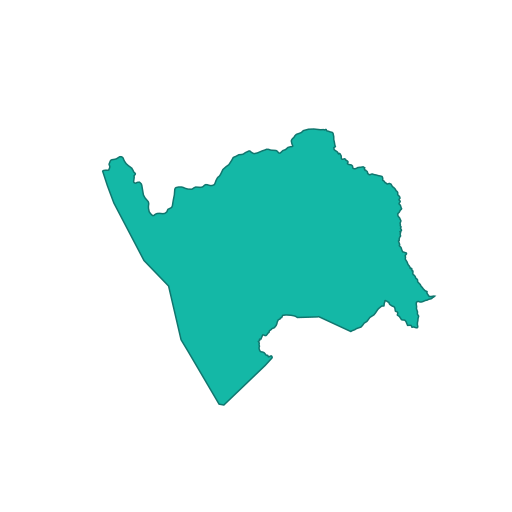 outline of Patuca, Olancho, Honduras, rotated 302°
{"feature_id": "27666195B65375396253537", "entity_name": "Patuca", "entity_type": "district", "adm_level": 2, "iso_a3": "HND", "parent_name": "Honduras", "parent_adm1": "Olancho", "projection": "orthographic", "projection_center": [-85.91, 14.325], "detail": "fine", "context": "isolated", "style": "filled", "palette": "teal", "viewbox_px": 512, "rotation_deg": 302, "n_neighbors": 0, "source": "geoboundaries", "source_scale": "gbopen_adm2", "svg_char_len": 6146}
<svg xmlns="http://www.w3.org/2000/svg" viewBox="0 0 512 512"><g transform="rotate(302 256 256)"><path d="M168.2,321.8L178.0,323.6L178.5,323.5L179.1,322.9L179.4,322.2L179.3,321.7L177.4,320.4L177.1,319.9L177.2,319.7L177.9,318.7L177.9,318.3L177.4,317.7L177.3,317.2L178.0,315.2L178.3,314.1L178.1,312.6L177.4,310.9L177.6,309.6L177.8,309.2L179.2,307.6L180.0,307.1L181.4,306.7L182.2,305.7L183.9,304.9L184.6,303.6L184.8,303.3L186.2,303.9L186.5,303.7L187.0,303.2L187.3,303.1L187.5,303.3L188.1,304.2L192.5,303.5L193.0,304.0L193.3,305.8L193.6,306.3L194.0,306.7L195.0,306.9L197.1,307.1L198.1,307.5L199.7,307.0L201.8,307.9L202.6,308.0L203.2,308.2L204.5,309.3L205.2,309.6L207.7,309.9L209.6,309.6L211.2,309.0L213.7,308.7L214.1,308.9L214.6,309.3L215.5,309.8L216.4,309.6L217.4,310.4L219.4,310.1L219.8,310.1L220.0,310.3L222.0,312.8L224.3,317.1L225.5,320.2L225.8,321.6L225.8,323.7L236.8,340.2L237.8,341.3L242.2,376.4L243.6,377.1L245.8,378.8L247.7,379.7L251.4,382.7L253.6,383.1L256.4,383.3L259.0,384.6L259.9,384.8L264.2,385.1L268.6,387.2L271.1,387.5L274.8,387.6L276.3,387.8L280.1,389.1L281.4,390.9L281.9,390.8L283.9,389.8L285.6,389.5L286.2,389.1L286.6,389.1L286.8,389.4L287.0,390.6L286.9,392.2L287.1,393.2L286.8,393.7L286.2,394.2L285.8,395.4L285.7,398.1L286.1,399.6L286.1,399.9L285.4,401.4L283.2,403.3L283.1,403.8L283.4,405.5L283.2,406.0L282.7,406.5L280.9,407.1L280.8,407.3L280.7,409.6L279.1,413.1L279.3,413.9L280.4,416.1L280.3,416.7L279.9,417.9L277.5,421.3L279.3,424.1L279.2,424.6L278.3,425.8L278.3,426.1L279.5,427.5L279.7,428.9L280.0,429.8L280.5,430.7L281.0,430.9L281.9,430.6L283.5,429.1L285.1,428.2L287.0,427.5L288.7,426.6L291.2,425.8L292.3,423.6L294.2,422.6L296.3,420.0L298.2,419.0L300.2,417.3L301.7,416.6L302.6,416.9L303.5,417.6L303.9,419.5L304.6,420.6L305.7,421.6L308.3,423.4L309.1,424.4L310.9,425.5L312.4,427.1L313.3,427.6L314.3,427.8L315.3,428.4L316.6,428.8L316.3,428.1L314.3,425.8L313.5,424.2L314.2,422.6L314.5,421.8L314.9,421.0L315.4,420.4L316.4,420.0L316.5,419.4L316.2,418.6L316.2,417.7L316.8,415.1L317.4,413.8L317.9,411.9L318.8,410.5L319.8,406.8L320.1,406.5L321.2,405.8L321.5,405.3L321.8,404.4L321.7,403.5L322.8,402.1L323.4,400.8L323.5,400.4L323.5,399.3L323.8,398.8L324.5,398.0L325.2,397.8L326.2,397.2L326.5,396.7L326.2,396.1L327.8,394.8L327.9,394.4L327.3,393.8L327.2,393.4L327.7,393.2L328.8,391.1L329.3,389.5L331.1,387.1L332.3,384.5L332.7,384.1L334.1,383.5L335.4,382.3L337.6,382.5L338.1,382.1L338.2,381.8L337.3,378.1L338.2,376.7L340.1,374.4L340.6,372.2L341.1,371.9L341.6,371.9L342.1,371.5L344.2,368.9L345.1,369.2L346.7,368.2L348.4,367.9L349.6,368.0L350.9,366.7L351.5,366.4L352.4,366.3L352.6,365.7L353.0,365.2L354.2,365.9L355.0,365.7L355.3,365.3L356.1,363.8L357.5,363.6L357.8,363.2L357.9,362.7L358.1,362.3L359.1,361.8L360.3,360.7L362.0,360.5L362.9,360.0L363.3,359.1L364.3,357.8L365.1,355.4L365.7,354.7L366.9,353.9L367.4,353.9L369.1,354.3L371.3,354.1L372.7,354.5L373.3,354.4L373.6,353.8L375.6,351.5L375.9,349.9L376.1,349.6L376.7,349.4L377.9,349.5L378.6,349.4L378.9,349.2L379.4,347.5L380.1,347.3L381.2,347.5L382.0,346.9L382.5,346.1L383.1,343.7L383.6,343.3L384.5,342.9L385.1,342.3L385.5,341.3L385.6,340.2L386.5,338.7L387.1,336.4L387.1,335.0L388.5,332.4L388.2,330.6L386.6,329.2L386.6,328.4L386.8,327.4L386.6,326.6L387.3,325.2L387.4,323.3L389.2,322.2L390.0,321.2L390.2,320.7L389.8,319.2L389.0,317.2L388.4,315.0L387.6,313.0L387.2,311.2L386.5,310.4L385.3,309.6L384.9,308.9L385.1,308.3L385.1,307.0L386.0,306.3L386.6,305.4L386.6,304.3L386.9,303.6L386.6,302.7L387.0,302.3L387.3,301.6L388.4,301.5L388.4,299.6L386.7,297.7L386.0,296.7L384.8,295.3L383.7,294.8L382.7,294.0L382.1,293.2L381.9,292.3L381.9,291.5L383.4,290.2L383.7,289.1L383.7,288.5L382.8,286.2L382.7,284.8L383.1,284.4L384.4,284.3L384.7,284.0L385.0,283.1L384.8,281.6L385.4,280.8L385.4,279.6L383.9,278.2L383.7,277.8L383.7,277.3L384.2,276.5L385.3,275.8L386.1,275.1L387.2,273.1L387.2,272.4L386.9,272.1L386.4,272.0L386.4,271.7L387.1,270.5L387.4,269.6L387.5,266.4L387.9,265.6L389.2,264.6L390.6,265.3L391.1,265.2L391.4,264.5L394.1,262.1L395.9,260.3L398.4,258.7L400.8,256.4L401.1,255.7L401.2,255.1L400.6,253.3L400.2,251.3L399.7,250.0L399.9,249.2L400.4,248.5L400.3,248.1L399.1,247.2L399.0,246.3L397.3,243.9L394.3,237.7L391.3,233.3L387.4,229.7L384.7,229.0L382.8,227.6L381.0,226.1L380.3,225.7L378.6,225.3L376.4,225.3L375.1,224.8L373.9,224.7L372.7,224.8L372.0,225.2L370.1,227.1L369.0,228.7L368.7,228.9L368.3,228.9L367.7,228.4L367.1,227.5L365.0,225.6L361.8,224.6L359.6,222.9L356.6,222.1L355.9,221.8L355.6,221.3L355.5,220.5L356.1,218.4L356.1,217.3L355.7,216.3L353.9,213.0L353.5,212.0L353.1,210.2L352.1,208.4L350.5,207.3L348.5,205.6L344.3,202.7L341.9,200.3L341.6,199.5L341.5,198.3L341.5,197.0L341.8,195.2L341.4,194.4L338.0,192.2L335.6,191.2L334.2,189.7L332.8,187.8L329.6,186.0L328.3,185.0L327.4,184.5L324.3,184.7L319.0,184.6L315.9,183.3L311.8,182.1L307.4,182.6L305.4,182.7L304.3,182.6L302.6,182.0L301.4,181.9L298.8,182.1L295.5,182.8L294.2,182.7L292.8,181.7L291.8,180.5L291.3,179.4L290.5,176.6L289.9,175.6L288.9,174.9L286.7,174.3L285.9,173.8L284.7,172.4L282.5,168.3L281.0,167.3L279.1,166.5L278.5,166.0L276.7,162.9L275.9,160.2L275.5,157.6L274.9,156.0L273.4,153.7L271.6,151.9L270.6,151.6L269.3,151.9L264.5,154.4L259.7,156.2L254.2,158.5L252.8,158.7L251.8,158.4L248.9,156.6L247.8,156.7L246.3,157.0L245.0,156.6L243.8,156.1L242.5,154.6L241.1,151.7L239.7,149.7L238.4,148.7L237.3,148.2L236.5,148.1L235.8,147.4L235.5,146.9L235.6,146.1L236.0,144.2L236.9,142.0L239.5,139.5L241.4,138.3L243.4,137.4L244.4,136.5L245.0,135.7L246.5,131.0L248.1,128.2L250.2,126.3L255.3,121.8L256.3,120.6L256.8,118.6L256.8,117.9L255.5,116.3L253.9,115.3L253.6,114.2L253.8,113.2L254.4,112.7L258.0,111.1L259.4,110.1L261.3,110.3L261.8,110.1L262.2,109.3L262.4,107.9L263.6,106.1L264.1,105.0L264.6,104.3L264.9,101.3L264.9,100.2L265.5,96.9L266.7,94.2L267.5,92.9L268.6,91.5L268.9,90.5L268.9,89.5L268.5,88.6L267.9,87.8L264.4,86.1L263.2,85.0L261.3,82.8L260.4,82.2L259.4,82.1L256.1,82.7L255.7,83.0L254.7,84.3L254.1,84.8L253.0,85.2L250.9,85.5L250.3,85.1L249.0,82.9L247.8,81.5L247.3,81.1L246.6,81.1L236.9,92.7L225.6,107.4L192.8,163.4L184.2,197.8L145.3,236.8L139.2,248.8L110.8,303.2L112.6,307.7L168.2,321.8Z" fill="#14b8a6" stroke="#0f766e" stroke-width="1.5"/></g></svg>